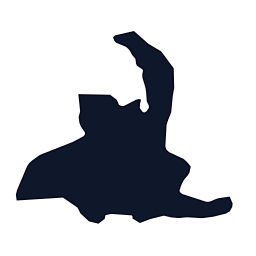 map outline of Nidwalden (Equal Earth projection), rotated 183°
{"feature_id": "CHE-164", "entity_name": "Nidwalden", "entity_type": "Canton", "adm_level": 1, "iso_a3": "CHE", "parent_name": "Switzerland", "parent_adm1": "", "projection": "equal_earth", "projection_center": [8.375, 46.893], "detail": "fine", "context": "isolated", "style": "filled", "palette": "ink", "viewbox_px": 256, "rotation_deg": 183, "n_neighbors": 0, "source": "natural_earth", "source_scale": "10m", "svg_char_len": 1403}
<svg xmlns="http://www.w3.org/2000/svg" viewBox="0 0 256 256"><g transform="rotate(183 128 128)"><path d="M173.7,46.4L189.2,55.9L234.8,50.6L235.7,55.5L234.9,59.8L226.2,83.9L224.3,87.2L221.6,89.9L214.3,95.8L182.1,110.5L171.5,116.9L170.2,118.5L169.8,121.2L174.5,127.4L176.1,131.0L177.1,136.3L175.9,142.1L178.5,158.5L147.8,159.5L141.2,155.0L138.8,150.0L135.9,148.9L133.1,149.0L121.0,156.0L118.6,156.7L117.4,156.5L117.4,155.5L117.9,153.8L118.0,151.4L118.0,148.3L114.7,144.1L112.4,143.5L109.8,145.1L107.4,149.1L107.7,151.9L109.9,155.7L111.1,165.3L111.9,169.2L115.6,179.5L115.8,182.2L115.4,185.0L115.4,187.1L116.9,188.4L121.7,191.1L122.6,192.8L123.2,196.3L123.5,197.6L124.0,198.4L125.0,199.5L127.1,201.6L129.5,205.6L131.4,207.7L133.9,209.6L143.8,213.2L145.6,214.8L146.8,217.7L145.3,219.2L127.3,224.3L112.4,212.5L99.3,205.6L86.2,189.7L84.7,170.4L85.7,162.7L86.4,146.2L89.5,136.9L90.4,133.2L90.5,111.4L89.2,108.0L86.1,105.4L71.1,99.3L67.3,96.1L64.1,92.5L65.0,87.0L66.5,84.2L68.6,81.6L70.4,78.9L72.1,75.1L73.2,71.7L74.2,67.6L72.5,65.4L70.5,64.2L46.3,57.7L43.8,57.7L41.0,58.5L37.7,60.3L34.0,61.8L23.3,64.0L20.3,57.8L20.6,54.6L22.7,50.5L26.2,48.3L38.4,44.6L49.2,42.6L64.6,42.7L72.5,41.5L79.9,41.7L87.7,43.1L101.4,38.9L111.1,34.6L117.9,38.2L118.2,40.2L118.5,40.9L119.4,41.7L140.3,42.1L146.6,40.4L147.2,36.5L152.7,31.7L161.7,33.4L170.4,40.7L173.7,46.4Z" fill="#0f172a" stroke="#020617" stroke-width="1.5"/></g></svg>